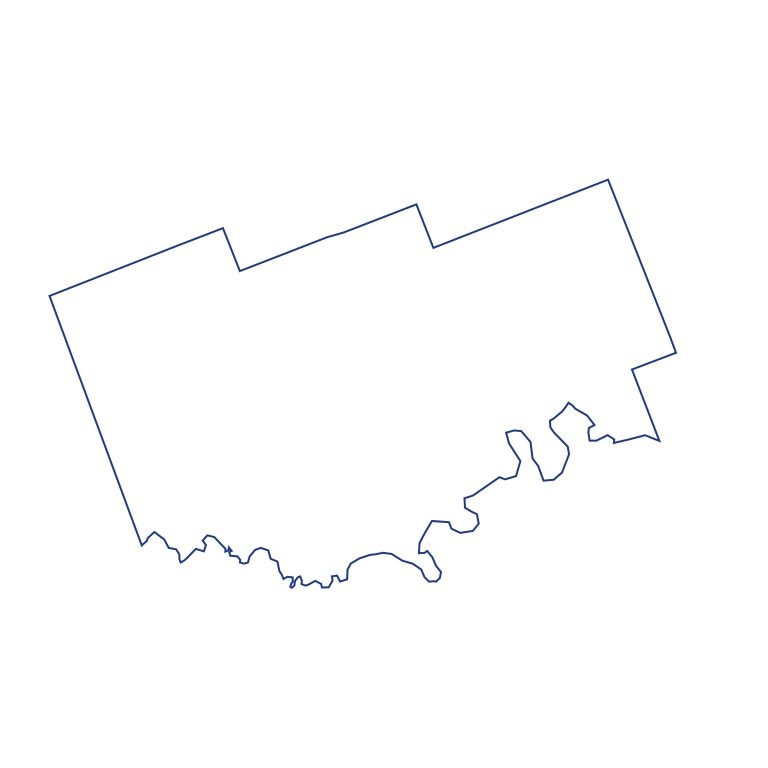 outline of Hale, Alabama, United States of America, rotated 249°
{"feature_id": "52423323B74369514091215", "entity_name": "Hale", "entity_type": "district", "adm_level": 2, "iso_a3": "USA", "parent_name": "United States of America", "parent_adm1": "Alabama", "projection": "albers", "projection_center": [-87.768, 32.744], "detail": "fine", "context": "isolated", "style": "outline", "palette": "blue", "viewbox_px": 768, "rotation_deg": 249, "n_neighbors": 0, "source": "geoboundaries", "source_scale": "gbopen_adm2", "svg_char_len": 1942}
<svg xmlns="http://www.w3.org/2000/svg" viewBox="0 0 768 768"><g transform="rotate(249 384 384)"><path d="M320.1,100.0L320.6,101.1L322.4,106.2L324.9,108.4L328.1,116.6L317.6,123.1L308.1,124.3L304.2,130.7L298.4,131.9L293.7,130.2L290.2,130.2L290.8,134.2L292.2,137.9L297.5,149.2L292.3,155.9L297.4,160.0L302.8,158.6L306.0,164.9L301.9,170.7L286.9,176.9L284.4,175.8L284.5,179.3L287.0,180.6L282.8,182.0L282.4,179.2L278.8,178.9L275.6,185.4L271.3,186.8L269.1,185.5L266.5,188.9L266.1,193.0L271.2,196.8L275.3,204.2L275.2,210.1L270.2,216.3L261.4,215.6L256.4,220.9L246.8,219.3L242.1,220.3L238.0,220.3L238.6,224.7L236.2,229.4L232.2,228.0L230.6,225.6L228.3,223.8L226.8,224.9L228.1,228.2L231.9,230.2L234.4,234.2L234.4,236.8L229.8,236.8L226.7,235.3L223.8,238.7L223.9,242.7L224.9,249.2L219.8,253.7L216.3,253.1L214.0,259.5L219.0,265.6L223.1,266.4L222.0,271.4L215.3,272.3L214.9,279.6L223.7,283.4L228.3,288.7L230.0,298.8L229.5,309.5L228.0,315.4L226.8,322.5L222.6,330.2L212.5,337.8L205.9,346.5L197.4,352.3L189.2,352.6L183.3,355.3L182.1,359.7L180.8,361.7L182.9,366.6L188.0,369.8L195.7,367.4L204.7,367.1L212.7,364.5L211.8,361.3L213.5,356.0L222.7,360.1L230.3,368.8L238.9,379.6L231.7,395.1L224.8,395.1L217.7,401.8L215.0,414.3L219.7,422.4L229.1,424.1L233.5,419.9L239.5,415.3L248.5,418.2L248.0,427.1L255.6,458.3L251.6,462.9L250.7,474.3L263.2,483.7L283.8,479.4L294.8,480.6L294.0,488.8L290.9,495.2L277.4,500.0L261.3,496.0L252.0,498.6L243.0,498.4L236.6,498.3L233.8,508.1L237.5,518.4L252.1,531.6L259.7,533.1L277.8,525.3L283.8,523.8L290.3,525.8L290.8,529.5L294.4,540.2L297.4,545.3L300.4,549.5L296.2,552.4L292.3,553.8L281.8,562.3L270.3,565.8L269.5,559.5L265.5,557.4L257.5,555.7L255.0,561.8L256.1,574.4L249.7,579.1L246.6,577.5L244.6,591.7L242.6,609.4L232.2,620.7L308.7,620.7L308.5,667.8L325.1,668.0L494.5,666.4L493.4,478.9L540.1,478.6L539.9,400.5L541.4,384.0L541.1,289.9L587.2,289.5L587.2,242.4L586.1,103.3L320.1,100.0Z" fill="none" stroke="#1e3a8a" stroke-width="2"/></g></svg>